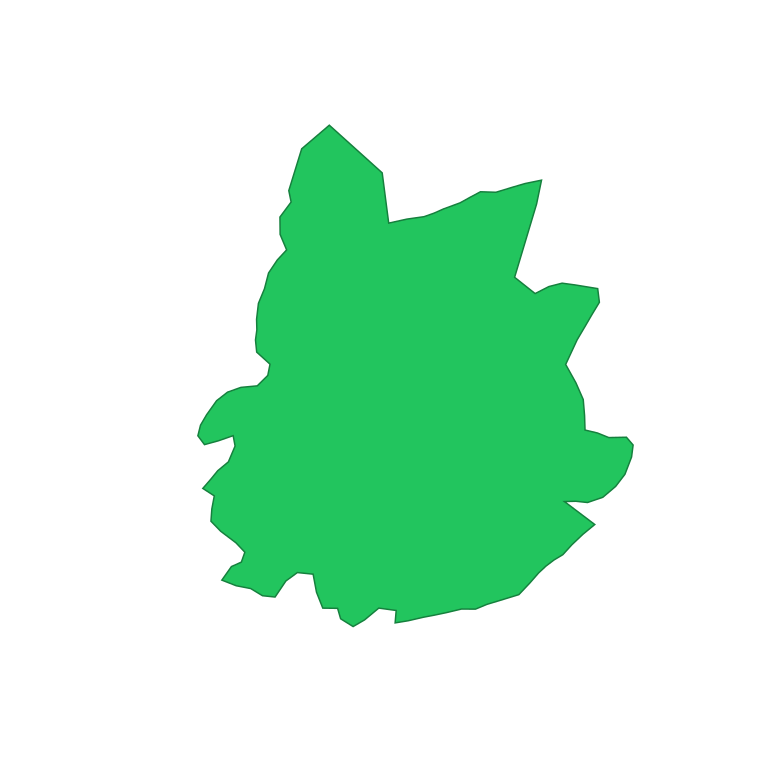 Alcântaras, Ceará, Brazil (orthographic projection), rotated 329°
{"feature_id": "56859067B37073586191016", "entity_name": "Alcântaras", "entity_type": "district", "adm_level": 2, "iso_a3": "BRA", "parent_name": "Brazil", "parent_adm1": "Ceará", "projection": "orthographic", "projection_center": [-40.547, -3.584], "detail": "fine", "context": "isolated", "style": "filled", "palette": "green", "viewbox_px": 768, "rotation_deg": 329, "n_neighbors": 0, "source": "geoboundaries", "source_scale": "gbopen_adm2", "svg_char_len": 1551}
<svg xmlns="http://www.w3.org/2000/svg" viewBox="0 0 768 768"><g transform="rotate(329 384 384)"><path d="M564.4,554.5L549.1,545.7L541.8,536.0L532.6,527.0L539.7,514.3L546.8,499.9L549.1,481.9L549.8,460.8L572.3,445.6L587.1,437.6L598.0,431.6L610.7,424.9L616.3,412.3L598.7,397.4L588.6,389.3L575.5,385.4L560.1,384.3L550.9,359.8L607.5,308.3L624.0,290.4L608.1,284.8L595.9,281.6L578.7,277.3L565.7,268.9L554.1,268.3L542.5,267.9L525.3,264.6L514.8,263.3L504.5,261.2L488.7,254.5L470.9,248.5L491.2,202.1L470.4,134.0L434.6,140.0L402.0,169.2L398.1,180.2L380.8,187.3L372.0,202.3L369.6,218.9L356.5,222.7L342.2,229.4L330.6,240.8L317.9,250.2L308.1,262.9L302.9,272.1L296.5,280.1L291.3,291.1L296.5,308.3L288.8,316.8L274.4,320.3L259.6,313.2L245.7,310.4L231.9,312.1L216.1,319.0L205.5,324.8L197.8,332.5L198.9,343.5L212.8,347.4L228.1,350.6L224.4,360.5L210.5,370.6L196.8,372.7L186.5,376.4L174.9,380.2L180.9,392.5L172.1,402.4L165.0,412.5L168.2,426.2L175.3,443.9L178.1,456.5L170.0,463.2L159.2,461.9L144.0,468.6L153.4,480.8L164.4,490.7L170.8,502.9L180.9,510.5L198.5,502.3L212.6,501.0L225.3,510.5L218.9,527.7L216.1,544.6L228.7,552.4L225.9,562.9L232.6,576.0L245.9,576.2L264.1,573.4L277.8,584.4L270.5,594.5L282.8,599.4L297.6,604.2L307.9,608.0L319.7,612.1L334.5,616.8L346.5,624.1L358.7,625.9L375.8,630.2L391.1,634.0L406.5,629.7L419.2,625.6L429.0,623.5L439.1,622.4L449.4,622.4L462.1,618.6L476.9,615.3L492.3,613.0L478.1,577.7L488.0,583.3L497.4,590.4L513.3,593.8L529.8,591.1L544.0,585.5L558.6,574.1L566.1,564.6L564.4,554.5Z" fill="#22c55e" stroke="#15803d" stroke-width="1.5"/></g></svg>